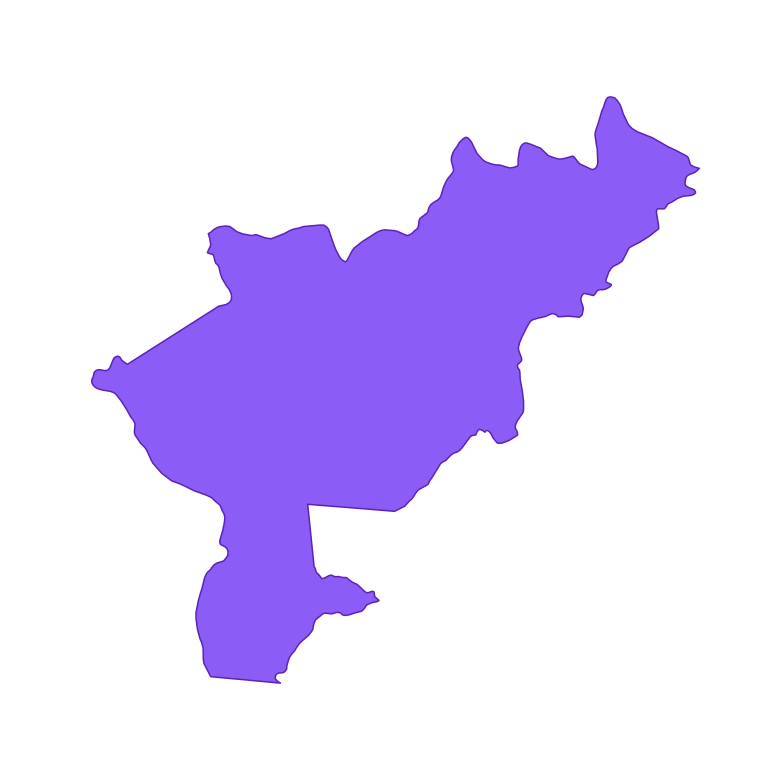 the district of Santa Lucia, Intibucá, Honduras, rotated 186°
{"feature_id": "27666195B24919955333863", "entity_name": "Santa Lucia", "entity_type": "district", "adm_level": 2, "iso_a3": "HND", "parent_name": "Honduras", "parent_adm1": "Intibucá", "projection": "orthographic", "projection_center": [-88.432, 13.907], "detail": "fine", "context": "isolated", "style": "filled", "palette": "violet", "viewbox_px": 768, "rotation_deg": 186, "n_neighbors": 0, "source": "geoboundaries", "source_scale": "gbopen_adm2", "svg_char_len": 6140}
<svg xmlns="http://www.w3.org/2000/svg" viewBox="0 0 768 768"><g transform="rotate(186 384 384)"><path d="M455.4,75.7L458.4,76.9L460.8,79.0L461.6,80.7L461.2,83.0L460.5,84.1L459.5,85.1L458.3,85.6L454.3,86.3L452.8,87.4L451.7,88.8L451.0,90.6L451.2,93.0L451.0,94.6L450.1,99.5L449.2,102.8L447.3,106.1L445.1,109.1L443.4,112.8L441.1,116.9L438.2,120.4L433.2,125.6L430.1,130.3L429.1,132.7L429.0,136.0L428.5,138.8L427.6,141.9L426.9,142.9L421.2,148.6L419.4,150.0L412.0,149.9L407.4,151.8L405.2,152.1L402.9,151.7L401.7,150.3L400.9,150.0L397.9,149.8L394.3,150.9L388.8,153.4L384.0,155.1L382.6,155.8L381.4,156.8L379.8,159.1L378.7,161.6L377.2,163.1L373.0,165.3L368.4,166.7L366.8,167.7L366.4,168.2L366.7,168.6L370.6,171.2L371.4,172.9L371.8,175.3L372.7,176.5L374.2,176.6L377.5,175.0L379.1,174.7L380.0,174.8L382.3,176.2L389.4,181.7L395.5,183.9L401.0,187.5L405.6,187.3L409.0,187.8L411.6,187.3L413.8,187.5L415.6,188.3L416.6,188.4L418.6,187.7L422.6,185.0L425.0,183.9L426.3,184.8L429.2,187.8L431.1,189.0L431.9,190.2L433.4,193.9L434.4,195.0L447.3,256.4L360.1,258.5L350.5,264.8L346.6,270.1L343.9,273.2L340.3,280.1L338.9,282.3L330.0,288.5L329.2,289.8L328.8,291.9L326.6,295.7L319.4,310.7L317.1,312.9L314.7,314.3L310.6,319.6L309.0,321.3L307.6,322.3L303.4,324.5L301.7,326.0L299.3,329.3L292.9,340.3L291.2,341.9L287.5,342.9L286.1,347.2L285.2,348.4L284.3,348.8L283.2,348.7L280.8,347.9L278.7,346.7L278.3,346.9L278.0,347.8L277.3,348.3L276.2,348.4L274.9,348.0L272.7,346.1L270.4,342.5L268.2,340.0L265.3,337.3L264.2,337.0L260.3,337.6L255.9,339.8L253.4,341.2L246.5,346.5L245.8,347.4L246.0,348.9L246.8,351.0L248.7,353.6L249.0,355.2L249.0,356.9L247.6,361.2L243.0,369.7L242.5,371.6L242.6,374.1L243.5,382.0L245.9,392.2L249.0,402.6L250.1,410.0L250.8,412.1L252.4,413.9L253.1,415.5L253.2,416.6L252.9,417.5L250.1,420.8L249.5,422.5L250.2,424.6L253.5,431.4L254.0,433.1L254.1,434.9L253.5,439.2L251.8,444.9L247.9,455.4L245.2,461.2L244.1,462.5L242.4,463.6L238.2,465.4L230.4,468.1L224.2,471.7L220.8,471.2L219.6,470.6L218.3,469.4L217.2,469.1L207.6,470.8L197.0,470.8L195.7,471.7L194.6,473.0L194.1,474.0L193.6,479.7L194.2,481.7L196.5,486.7L197.2,489.3L196.6,492.0L195.5,494.1L194.8,494.8L193.7,495.0L184.9,493.9L183.7,495.2L182.2,498.3L181.0,499.6L179.1,500.3L175.9,500.7L173.6,501.5L171.2,503.0L169.2,504.7L168.3,505.9L168.5,506.9L173.4,508.4L173.9,509.1L174.2,510.3L172.1,518.9L170.2,522.8L168.0,525.2L163.4,528.1L160.1,530.9L158.8,533.8L155.1,543.5L154.2,545.2L152.1,546.8L144.7,551.6L136.1,558.3L127.2,566.9L127.1,568.1L127.8,571.5L131.1,583.6L131.1,585.1L130.6,586.2L129.4,587.0L124.8,587.3L123.6,587.6L122.6,588.6L120.5,592.8L116.0,595.6L111.7,599.1L108.7,600.8L105.3,602.2L100.1,603.2L97.8,603.9L95.5,605.1L94.3,606.4L94.2,607.0L94.4,607.8L95.6,609.5L102.2,611.5L103.8,612.2L104.8,612.9L105.5,614.4L105.6,617.2L105.2,620.9L104.2,622.6L102.3,624.2L99.4,625.6L96.7,627.2L94.5,629.3L93.0,631.4L98.4,632.4L101.6,633.8L102.5,634.9L105.0,640.7L105.9,641.7L107.3,642.5L117.8,646.7L126.2,649.6L142.9,657.0L158.1,661.2L163.8,663.9L166.8,666.3L168.9,668.7L174.5,678.0L176.2,682.1L178.3,686.3L181.7,690.4L184.3,692.5L187.2,693.2L189.6,693.1L191.4,692.2L192.7,690.4L193.7,687.0L194.8,681.6L195.9,678.4L198.1,666.3L200.2,656.8L200.1,653.4L197.5,643.1L196.6,640.4L194.5,626.4L194.6,624.6L195.2,622.4L195.9,621.1L197.2,619.9L198.8,619.1L200.3,619.2L212.1,623.3L213.9,624.7L218.7,629.7L219.5,630.2L221.2,630.0L226.7,627.7L230.6,626.4L233.5,626.0L236.2,626.3L242.1,627.6L244.8,628.5L252.8,634.8L263.3,637.8L266.5,638.5L268.2,638.6L269.8,638.0L271.4,636.7L272.5,634.9L273.3,632.6L273.7,630.2L274.1,621.7L273.5,616.1L274.2,614.6L277.3,613.1L281.5,612.0L292.1,613.9L295.7,613.6L299.2,613.9L305.3,615.3L307.5,616.2L309.6,617.6L315.6,623.0L321.8,633.0L323.5,635.1L325.2,636.7L326.7,637.6L328.0,637.9L329.1,637.6L330.9,636.2L334.4,631.9L336.1,627.9L338.5,624.0L339.7,620.9L340.5,617.1L340.6,614.8L340.2,612.7L337.5,605.3L337.2,603.1L338.0,601.1L342.3,594.5L343.8,590.9L345.4,586.0L347.1,576.7L348.3,574.4L349.9,572.5L354.1,569.4L356.3,567.1L357.7,564.3L358.4,560.2L359.0,558.6L364.5,553.4L365.7,552.0L366.2,550.3L366.3,544.0L367.3,541.7L369.5,539.7L372.0,536.6L374.4,534.9L376.1,534.1L378.6,534.6L386.3,537.1L389.6,537.6L399.7,537.4L402.6,536.5L405.4,535.1L407.9,533.4L420.7,523.2L428.2,515.7L429.7,513.0L433.5,503.4L434.8,501.6L435.9,501.6L438.5,503.0L440.0,504.0L441.5,505.8L445.5,511.8L448.1,516.5L455.4,532.2L457.8,534.4L460.4,535.7L464.2,535.4L480.9,532.1L484.4,530.4L490.8,528.3L494.3,526.3L499.1,523.0L510.5,517.1L511.7,516.7L514.6,516.7L518.5,517.1L526.4,519.1L527.7,519.0L530.2,518.0L531.8,517.8L540.1,518.5L546.0,520.0L553.4,524.3L555.2,524.6L557.9,524.6L561.6,523.8L564.9,522.8L567.0,521.6L569.3,519.9L571.9,517.1L574.4,515.1L572.3,509.8L570.9,504.5L571.2,502.6L572.8,498.3L573.3,496.1L570.8,495.3L568.5,495.3L567.4,494.5L566.5,492.9L565.3,489.3L564.1,486.8L563.6,486.2L562.0,485.2L560.4,483.0L558.0,476.1L556.0,472.0L551.3,465.6L548.1,462.1L546.4,459.6L545.1,456.9L544.6,454.0L544.8,451.6L545.8,449.5L547.4,447.9L549.5,446.5L556.5,444.1L641.2,376.8L644.1,378.2L646.6,379.8L647.6,380.6L648.7,382.3L650.0,383.4L651.2,383.8L652.5,383.6L654.5,382.4L655.5,381.1L658.3,371.7L659.0,370.4L660.0,369.2L661.5,368.4L663.2,368.1L668.0,368.5L669.9,368.3L671.9,367.2L673.3,365.5L674.0,360.9L674.9,358.1L675.0,356.9L674.6,354.7L673.4,352.7L670.8,350.5L667.9,349.3L663.0,348.5L655.4,348.1L651.6,347.1L649.7,345.9L643.9,340.0L637.1,331.5L632.7,325.1L629.9,322.2L628.0,319.6L627.5,318.4L627.3,316.1L627.3,310.2L626.8,308.5L626.1,307.1L619.7,299.4L615.9,296.5L613.9,294.3L611.8,291.3L607.9,284.4L605.4,280.9L595.9,272.1L585.1,265.5L575.9,263.2L561.7,258.0L550.2,255.2L543.5,253.0L540.0,250.1L534.4,246.3L531.6,241.0L529.3,237.7L528.3,234.4L528.3,229.5L529.0,222.2L530.8,211.8L530.9,209.6L530.3,208.2L529.3,207.1L525.1,205.5L523.0,203.8L522.1,202.4L521.5,200.7L521.5,197.8L522.0,195.9L525.0,191.2L531.4,188.5L533.7,186.8L535.4,184.6L537.4,181.0L539.6,178.6L541.0,176.1L542.2,172.3L543.6,161.9L544.7,156.7L546.1,148.1L547.1,136.8L546.3,130.3L543.9,120.6L540.7,112.2L539.3,109.3L538.8,109.0L536.3,102.5L534.9,91.2L533.8,87.1L525.9,75.1L525.4,74.8L455.4,75.7Z" fill="#8b5cf6" stroke="#5b21b6" stroke-width="1.5"/></g></svg>